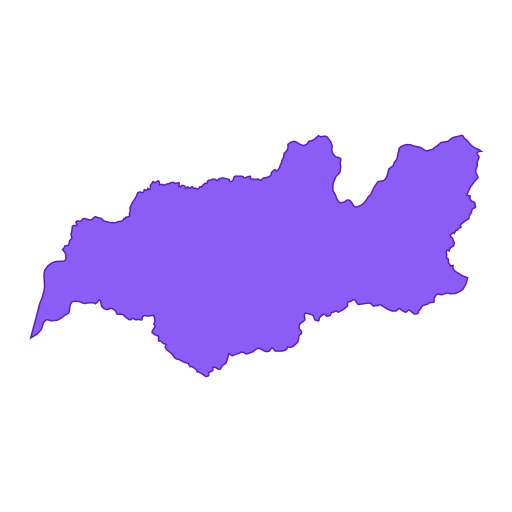 Marquetalia, Caldas, Colombia
{"feature_id": "7082276B4972068249253", "entity_name": "Marquetalia", "entity_type": "district", "adm_level": 2, "iso_a3": "COL", "parent_name": "Colombia", "parent_adm1": "Caldas", "projection": "robinson", "projection_center": [-75.04, 5.308], "detail": "fine", "context": "isolated", "style": "filled", "palette": "violet", "viewbox_px": 512, "rotation_deg": 0, "n_neighbors": 0, "source": "geoboundaries", "source_scale": "gbopen_adm2", "svg_char_len": 6068}
<svg xmlns="http://www.w3.org/2000/svg" viewBox="0 0 512 512"><path d="M220.0,369.4L222.9,365.0L225.7,363.5L227.3,359.7L228.8,353.7L232.3,355.8L236.4,354.0L238.9,353.4L241.2,352.1L243.7,352.4L246.1,353.9L246.9,353.9L252.9,351.8L256.0,349.1L258.1,348.4L260.1,348.7L264.8,351.2L266.4,351.6L269.3,351.1L271.3,348.4L272.2,348.0L273.3,348.6L275.1,351.0L281.5,351.1L284.4,350.6L285.9,349.7L286.9,348.9L287.5,347.0L290.5,347.4L293.9,345.9L297.6,342.3L298.6,339.4L298.9,335.4L300.9,334.0L301.6,333.0L301.4,331.4L299.1,328.5L299.0,326.2L300.4,323.3L303.4,321.4L304.6,320.2L304.8,319.0L304.3,314.8L304.6,313.9L305.4,313.3L307.3,313.4L312.4,315.0L313.7,316.4L314.8,319.8L316.9,320.7L318.5,320.8L319.0,320.3L319.3,317.9L321.7,315.5L323.9,314.1L324.8,314.1L326.6,316.2L328.5,316.0L330.2,315.3L331.2,313.0L332.0,312.3L333.6,312.1L335.5,310.9L338.4,312.2L343.7,309.3L347.5,306.0L347.6,302.9L348.0,301.9L349.9,301.7L353.8,299.5L354.9,299.9L357.5,303.8L358.4,304.5L368.4,303.0L371.0,303.6L373.4,306.2L375.9,305.5L377.6,305.7L379.2,304.8L380.4,304.7L388.0,309.4L392.4,311.1L396.2,310.9L399.2,308.3L402.7,311.0L405.2,312.1L406.5,312.0L408.2,310.1L409.4,310.0L414.0,313.9L416.0,314.1L418.4,313.0L418.5,310.8L420.2,309.5L421.9,306.5L423.1,305.5L425.2,304.7L427.4,304.4L429.0,302.9L434.0,302.0L434.0,298.7L435.9,295.3L436.9,294.4L438.5,294.1L441.6,294.8L447.6,292.8L450.4,293.8L455.1,293.5L459.4,291.7L463.0,289.2L466.2,283.4L467.7,277.7L462.2,275.7L455.5,271.5L454.0,270.1L453.2,268.7L452.8,267.0L453.2,265.5L450.2,265.8L449.7,264.2L448.2,262.5L448.6,260.2L448.1,258.7L446.5,257.9L446.7,255.1L446.3,251.9L447.1,250.2L448.1,250.2L449.2,251.0L450.1,248.0L453.5,245.9L454.4,243.3L452.6,238.5L451.8,237.3L450.5,236.7L450.2,234.9L453.2,232.6L454.3,233.5L455.8,230.2L457.4,230.4L458.5,228.5L461.1,227.1L460.3,225.5L460.5,224.7L465.0,221.1L468.8,218.7L469.3,215.7L470.5,213.5L471.3,213.0L472.0,209.7L473.2,208.3L474.9,207.9L475.4,207.1L475.6,206.1L474.8,205.2L475.1,204.1L474.7,202.8L473.7,201.8L471.2,200.9L469.5,197.9L470.3,196.8L470.2,196.1L469.3,195.6L467.5,195.6L467.0,194.4L470.5,186.8L475.3,180.5L477.8,178.1L477.8,176.6L476.0,172.9L475.6,171.3L476.3,168.2L477.2,166.2L477.2,162.3L479.1,157.1L476.9,153.3L477.4,152.2L479.2,151.5L481.3,151.3L479.6,150.0L474.6,147.7L471.7,145.7L469.7,143.8L466.9,140.2L464.4,138.4L463.0,135.9L461.6,135.4L453.3,137.5L451.2,138.7L447.8,141.4L440.9,142.5L437.3,145.9L435.2,147.0L433.0,149.1L427.0,150.9L425.1,150.5L420.1,147.2L414.2,146.2L410.2,144.7L406.2,144.6L403.2,145.5L400.5,146.9L399.2,148.3L396.9,159.1L394.2,162.8L393.2,165.7L388.8,169.0L387.1,175.8L385.6,178.9L383.2,180.8L378.7,181.5L377.6,182.1L374.3,186.9L370.7,194.6L368.5,196.4L366.8,199.4L363.7,203.3L361.2,205.2L357.2,206.9L355.6,207.1L354.0,206.3L350.7,201.2L349.1,200.1L347.0,200.0L344.1,202.2L340.3,202.7L339.1,202.4L336.9,198.8L335.1,194.4L333.0,190.7L332.8,185.8L333.5,182.4L336.1,176.4L339.6,172.7L340.1,171.6L340.7,167.0L340.3,163.2L340.8,159.4L339.9,157.9L335.6,156.9L332.7,153.3L331.7,150.3L332.2,146.4L331.9,144.8L330.5,141.4L327.1,136.9L325.1,136.1L320.7,136.8L318.4,135.7L314.1,139.6L311.3,140.8L308.9,141.2L306.9,144.1L303.8,145.6L300.3,144.5L295.5,141.6L293.5,141.4L290.4,142.5L287.9,144.4L288.1,147.0L287.5,149.2L286.4,151.1L284.2,153.2L283.3,158.1L281.8,160.6L281.6,162.6L280.7,164.0L279.5,167.6L277.6,170.6L276.6,170.9L274.8,169.7L274.3,169.8L271.5,172.5L270.8,175.3L270.3,175.9L266.4,177.6L263.3,178.0L261.0,180.3L258.4,179.1L254.3,179.3L251.1,178.9L250.4,178.4L250.5,176.8L250.0,176.2L247.4,176.8L245.3,177.9L244.0,178.0L243.5,177.8L243.2,176.7L242.5,176.3L235.3,176.1L234.0,177.1L232.9,180.6L231.5,181.5L229.8,181.4L229.1,179.5L222.6,177.9L218.9,178.7L217.6,180.8L215.1,179.2L212.2,179.2L210.5,180.3L208.4,180.3L207.7,181.0L207.0,183.3L204.8,183.4L202.5,185.5L201.8,186.9L200.0,186.6L199.0,188.4L197.8,189.1L196.6,188.9L195.4,188.0L193.7,188.5L192.4,186.8L191.3,186.9L190.3,187.9L189.6,188.2L187.6,186.8L185.9,188.5L184.6,186.2L183.1,185.4L181.8,185.5L180.1,186.6L178.8,186.6L179.2,184.0L179.1,182.9L178.6,182.5L175.7,183.5L173.4,182.4L171.5,182.4L168.8,183.7L167.0,183.9L164.5,185.2L162.8,184.5L159.6,184.6L159.4,182.2L158.6,180.9L157.7,181.0L155.4,182.4L154.0,182.5L153.4,181.6L152.9,181.6L151.3,184.3L150.4,185.1L150.3,188.3L149.9,189.3L149.1,189.5L147.9,188.4L147.3,189.8L146.7,190.2L144.3,189.6L143.6,192.0L142.0,192.7L139.9,191.9L137.7,192.8L136.0,197.0L132.4,202.7L130.1,207.4L129.9,208.5L130.4,210.5L129.4,213.4L129.7,216.0L127.9,217.0L126.0,217.1L125.1,218.3L123.9,218.5L123.0,220.4L120.4,221.6L118.6,221.4L116.0,222.7L110.1,222.6L104.1,221.1L101.0,218.2L98.5,217.9L95.4,216.6L90.7,220.2L84.3,218.4L82.5,219.1L80.6,221.4L77.7,220.9L76.2,221.5L75.9,222.2L76.9,224.1L76.8,225.5L74.3,225.4L72.4,226.2L71.7,232.1L70.9,234.0L72.0,238.1L69.6,240.7L68.7,244.9L68.0,245.4L65.0,245.9L64.0,247.9L62.5,249.5L64.9,252.4L65.9,254.8L65.9,258.5L65.3,260.0L64.2,261.1L55.7,261.5L51.8,263.0L48.1,265.7L44.8,270.2L44.2,272.9L44.0,276.3L44.6,286.4L44.1,290.1L42.4,297.1L39.9,303.2L30.7,337.9L36.9,334.3L41.0,329.9L41.8,328.2L43.3,322.9L45.7,320.2L47.1,319.7L51.3,320.8L57.0,320.3L61.0,318.2L65.4,314.9L68.4,313.3L69.3,311.7L69.6,307.9L70.4,304.4L71.4,302.7L72.6,301.6L74.9,301.2L80.5,301.8L82.5,302.9L85.0,303.5L87.5,302.9L93.7,302.8L95.5,303.8L97.4,302.1L98.5,300.2L99.6,299.9L100.2,300.4L100.9,302.4L101.6,306.4L103.7,308.5L107.1,309.7L110.7,308.4L112.4,308.8L115.2,310.3L117.1,314.1L122.7,314.4L126.1,317.6L129.2,319.7L131.0,319.7L132.4,318.2L135.6,319.8L138.8,319.4L141.2,320.1L142.1,319.1L142.3,316.8L144.4,315.5L147.6,316.1L153.7,315.3L154.7,318.5L154.9,321.0L153.8,324.3L155.4,326.1L152.2,331.0L152.1,332.6L154.3,334.4L158.7,336.3L158.4,340.0L158.7,341.0L161.1,341.2L163.1,343.4L165.8,344.2L166.1,345.1L165.1,347.0L166.5,349.5L171.7,353.7L175.0,358.1L176.9,359.1L178.6,359.3L184.3,362.4L188.2,363.4L190.0,366.7L191.6,366.6L192.9,367.1L196.5,369.7L197.2,372.0L198.4,371.9L202.1,373.8L205.8,376.6L208.2,376.0L208.8,375.0L208.7,372.6L212.6,370.7L213.0,369.7L212.7,367.8L213.1,367.4L215.3,367.3L217.9,369.0L220.0,369.4Z" fill="#8b5cf6" stroke="#5b21b6" stroke-width="1.5"/></svg>